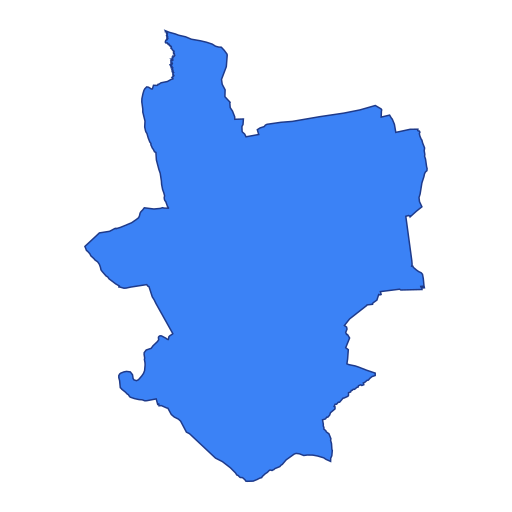 Mandra, Brasov, Romania, rotated 180°
{"feature_id": "2599482B32750582414869", "entity_name": "Mandra", "entity_type": "district", "adm_level": 2, "iso_a3": "ROU", "parent_name": "Romania", "parent_adm1": "Brasov", "projection": "robinson", "projection_center": [25.054, 45.815], "detail": "fine", "context": "isolated", "style": "filled", "palette": "blue", "viewbox_px": 512, "rotation_deg": 180, "n_neighbors": 0, "source": "geoboundaries", "source_scale": "gbopen_adm2", "svg_char_len": 6063}
<svg xmlns="http://www.w3.org/2000/svg" viewBox="0 0 512 512"><g transform="rotate(180 256 256)"><path d="M346.7,481.3L346.5,480.9L346.2,480.9L346.2,480.6L346.6,480.5L346.6,480.2L345.5,480.1L345.0,479.2L345.4,479.2L345.4,478.9L344.8,478.5L345.3,478.1L344.8,477.5L345.5,476.5L345.4,476.2L344.8,476.3L344.9,475.7L344.5,475.4L344.9,475.0L344.6,474.8L344.8,474.3L344.4,474.0L345.1,473.8L345.1,473.5L344.6,473.4L344.6,472.5L345.2,472.1L345.6,472.3L346.1,471.7L346.4,471.2L346.7,469.9L346.2,469.1L344.6,469.1L344.5,468.5L343.2,467.9L343.5,467.5L342.6,467.2L342.6,466.7L341.7,466.3L341.8,465.9L341.0,465.7L340.7,465.4L341.0,464.0L340.6,463.9L340.7,463.4L339.8,462.8L339.6,462.1L338.0,460.8L338.5,460.4L338.5,459.2L338.0,459.0L338.2,458.5L337.7,458.4L337.7,458.1L338.0,458.1L337.7,457.6L337.8,457.3L337.4,456.9L337.7,456.7L337.5,456.2L338.0,455.5L338.8,455.2L339.1,455.7L339.3,455.1L338.9,454.8L339.0,454.6L339.7,454.7L339.6,454.0L340.0,453.4L339.4,453.7L339.2,452.2L340.3,452.5L339.5,451.7L339.9,451.3L340.4,451.7L340.8,451.3L340.8,451.6L341.0,451.6L341.1,449.7L340.5,449.0L339.9,449.1L339.6,448.6L339.8,448.2L340.0,448.5L340.9,448.3L340.6,447.7L340.8,447.0L341.0,447.3L341.9,447.2L341.3,446.0L340.4,446.1L340.0,445.6L340.3,445.0L340.9,445.4L340.9,444.8L339.7,444.3L340.0,444.1L339.5,443.9L339.3,442.2L340.0,442.4L339.3,441.1L338.8,440.8L339.0,440.3L339.8,440.5L339.6,439.9L338.5,439.3L339.1,438.8L339.1,438.0L338.7,437.6L339.1,437.2L339.0,436.5L338.2,436.3L338.3,436.0L340.1,434.6L339.1,433.7L339.2,433.0L340.6,432.7L344.6,430.5L351.0,429.2L352.7,428.0L354.1,427.6L354.2,427.0L354.8,426.6L358.5,426.7L359.6,423.1L360.6,423.0L363.5,424.8L365.3,425.1L367.2,423.2L368.1,421.5L369.1,418.1L370.1,413.3L370.2,410.1L369.2,402.8L369.2,399.9L367.0,390.9L367.3,385.0L366.5,381.3L366.1,380.1L365.1,378.6L363.8,374.1L362.2,370.0L361.1,368.6L361.1,367.1L359.6,363.8L358.6,362.5L357.5,360.2L356.1,359.6L355.6,352.0L353.1,342.5L351.8,338.8L350.6,331.0L350.4,327.7L349.4,322.5L348.2,319.2L347.4,316.2L347.8,314.3L347.6,312.7L347.1,311.4L346.2,310.3L344.5,305.5L343.6,304.4L343.6,303.8L347.9,303.9L349.5,304.3L351.7,303.6L358.1,303.0L367.7,304.2L369.2,302.2L371.0,300.4L371.9,298.9L372.6,295.9L373.5,294.2L375.8,292.4L380.5,289.2L391.6,284.6L395.9,283.3L396.1,283.7L397.1,283.5L402.4,280.7L412.6,279.1L427.1,265.6L425.5,261.5L424.6,260.9L422.2,258.3L421.1,256.1L418.1,253.4L417.1,252.1L414.4,250.2L413.8,249.4L412.6,247.6L411.6,244.8L411.0,242.1L409.8,240.5L405.9,236.0L404.3,235.1L402.9,233.1L396.3,228.1L392.6,226.0L392.4,225.3L393.7,224.9L392.3,225.0L388.1,223.8L386.0,223.9L381.4,224.9L365.3,227.4L364.2,225.9L363.0,225.3L359.7,215.1L357.9,212.3L356.0,208.4L339.2,178.4L339.4,178.0L342.1,176.3L343.1,175.3L343.7,172.5L344.5,172.6L346.3,173.9L350.5,176.1L351.7,176.2L352.5,176.0L353.4,175.1L353.6,174.3L353.3,172.3L354.5,170.5L359.0,166.2L360.8,163.7L365.8,162.0L367.8,159.4L367.9,157.6L367.3,153.9L367.6,152.6L367.0,149.3L366.9,147.1L367.4,141.4L368.5,138.6L370.2,136.1L373.5,132.3L375.5,131.3L378.0,132.1L378.9,133.4L379.5,137.3L381.7,140.1L385.5,140.6L388.1,140.1L391.4,138.8L392.4,137.9L393.2,136.4L393.2,134.3L392.4,131.4L391.7,124.3L390.5,123.3L390.4,122.9L386.5,119.8L384.7,117.9L383.7,117.4L382.3,115.3L381.6,114.8L377.5,113.4L372.9,112.4L369.8,112.2L367.2,111.2L365.2,111.3L355.8,113.1L354.3,107.6L353.3,108.0L353.0,106.2L350.6,106.4L345.2,104.0L344.1,103.8L340.7,97.5L337.8,95.0L333.6,92.9L331.4,90.9L325.6,79.9L322.5,78.3L296.5,53.9L289.6,50.4L281.7,44.3L276.5,39.1L275.2,37.0L273.8,36.5L272.3,34.9L271.6,34.5L269.5,34.4L267.0,32.2L266.2,30.9L264.9,30.7L258.8,30.9L254.9,32.5L252.4,33.8L250.3,34.4L249.7,35.5L246.8,38.2L244.7,39.6L242.5,41.8L241.2,41.9L240.0,41.5L239.1,42.1L238.3,42.3L237.1,43.4L232.2,45.4L231.0,46.8L229.7,47.6L225.8,52.2L217.7,58.0L215.9,58.6L212.6,58.2L208.2,56.5L204.7,57.0L199.2,56.9L194.4,56.0L188.3,54.2L186.1,52.7L181.4,50.6L181.3,53.8L180.2,56.2L179.7,61.6L180.1,62.5L180.5,68.4L181.4,71.7L181.1,73.3L183.1,78.3L184.9,79.5L185.8,80.3L186.2,81.3L188.1,82.9L188.1,84.7L188.7,85.9L188.7,87.9L189.5,92.2L186.5,93.1L185.3,94.8L184.2,94.8L182.4,96.8L181.5,99.3L177.0,103.1L177.0,105.2L177.9,105.5L176.9,107.8L175.4,107.8L173.7,109.8L172.4,109.8L168.9,113.9L168.1,113.9L164.1,115.7L163.5,116.7L163.5,119.3L161.4,120.0L160.7,121.6L159.9,121.6L158.8,122.7L157.4,122.7L155.0,124.7L153.9,124.9L153.5,126.3L151.2,127.2L150.2,126.5L148.2,127.3L148.7,129.1L147.3,129.6L144.9,131.7L143.6,131.9L142.2,133.6L140.0,135.4L136.8,136.5L136.8,138.9L145.4,141.8L153.6,145.0L156.9,146.1L163.3,147.4L165.1,148.2L164.4,152.9L163.7,162.3L166.3,164.3L162.4,174.0L164.5,177.5L165.4,177.5L166.3,179.6L165.0,182.9L165.4,184.9L167.6,186.5L162.4,193.1L145.3,206.5L144.9,207.1L139.5,207.7L139.6,208.3L138.6,209.4L135.1,211.9L133.3,217.5L132.1,217.1L130.9,217.5L131.6,220.4L112.4,222.8L111.2,222.0L90.0,222.5L90.2,224.1L87.6,224.2L87.8,225.2L91.2,225.1L91.3,225.6L88.0,225.9L88.7,233.4L89.5,237.7L90.8,239.2L93.3,240.4L95.6,242.0L98.6,244.6L99.3,246.0L100.3,245.9L99.9,247.7L100.2,251.3L106.2,295.7L103.4,296.5L102.7,296.0L101.9,296.1L101.8,295.2L95.6,300.8L90.1,305.2L92.5,310.3L93.0,314.4L91.9,318.0L90.1,329.1L88.1,335.3L87.5,338.2L86.5,340.1L85.1,341.3L84.9,343.4L85.4,345.3L86.5,353.0L87.4,355.6L87.2,357.7L87.8,361.3L87.4,364.0L89.4,369.1L90.1,371.9L90.8,372.8L92.1,375.9L92.7,378.4L92.1,379.8L92.6,380.9L93.8,381.1L94.3,381.6L94.1,382.8L101.9,382.7L116.2,379.6L117.6,387.7L119.7,392.8L120.9,394.3L122.4,396.9L130.8,394.9L130.6,400.6L130.3,402.1L130.9,403.1L136.7,406.5L152.0,402.1L168.1,398.9L192.4,395.3L219.7,390.6L231.1,389.7L245.0,387.7L246.6,386.9L247.8,385.4L251.9,384.1L254.7,382.3L253.3,377.5L266.0,375.2L267.3,377.9L269.6,380.0L269.9,380.7L270.1,385.5L269.0,387.5L268.6,393.0L277.2,392.7L277.3,395.2L279.5,400.9L281.8,404.4L282.2,408.9L281.9,409.7L287.1,415.3L286.9,422.2L289.8,427.7L290.5,432.6L285.7,445.3L285.6,446.4L284.8,456.8L285.0,457.9L287.7,461.6L290.7,464.8L293.2,464.9L296.5,465.8L299.8,467.9L305.6,469.8L311.5,471.2L320.7,472.8L326.4,475.2L333.4,476.8L336.8,478.1L342.7,479.7L346.7,481.3Z" fill="#3b82f6" stroke="#1e3a8a" stroke-width="1.5"/></g></svg>